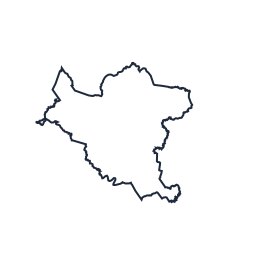 the district of Colimes, Guayas, Ecuador, rotated 55°
{"feature_id": "8360857B84939424323345", "entity_name": "Colimes", "entity_type": "district", "adm_level": 2, "iso_a3": "ECU", "parent_name": "Ecuador", "parent_adm1": "Guayas", "projection": "albers", "projection_center": [-80.099, -1.522], "detail": "fine", "context": "isolated", "style": "outline", "palette": "slate", "viewbox_px": 256, "rotation_deg": 55, "n_neighbors": 0, "source": "geoboundaries", "source_scale": "gbopen_adm2", "svg_char_len": 5852}
<svg xmlns="http://www.w3.org/2000/svg" viewBox="0 0 256 256"><g transform="rotate(55 128 128)"><path d="M106.9,81.9L98.2,79.4L94.1,79.6L92.3,80.3L89.5,79.6L88.1,80.8L87.8,81.9L88.0,85.2L88.4,85.9L86.1,85.9L85.5,85.3L85.1,84.3L83.6,83.9L83.0,84.4L82.4,85.6L81.3,86.0L80.0,85.5L79.5,86.4L77.9,86.2L77.3,87.1L77.3,87.6L78.2,88.2L78.3,89.6L79.1,91.6L78.3,93.2L77.1,93.6L76.8,94.3L77.0,95.3L77.9,95.6L76.8,97.3L78.2,100.0L78.1,101.2L76.9,103.8L76.9,104.5L78.0,105.9L78.0,106.7L77.2,109.8L74.8,111.0L73.8,112.2L73.1,113.7L73.0,116.1L73.4,118.1L75.0,121.3L75.9,122.1L76.9,124.9L77.5,124.9L78.0,125.4L78.5,126.9L79.0,126.9L79.6,127.6L81.2,128.2L82.2,127.7L82.8,127.8L84.1,129.2L85.5,129.6L86.5,131.3L86.5,131.8L84.1,133.5L83.2,135.1L82.5,135.6L81.9,137.0L81.9,137.9L81.3,138.8L78.9,141.4L66.9,150.0L61.0,150.0L61.2,149.2L60.8,149.3L60.6,148.6L58.3,147.1L57.2,146.6L56.5,147.0L55.6,146.9L54.2,146.3L51.9,147.2L48.8,146.6L48.0,147.3L46.5,147.9L40.8,147.8L42.4,149.2L42.3,149.5L42.7,149.7L42.4,149.9L42.5,150.5L42.9,150.7L42.5,151.3L50.1,161.9L53.3,167.8L66.2,167.8L66.2,169.4L65.5,170.9L65.2,171.2L64.5,171.2L63.5,170.3L63.1,171.2L63.6,172.1L65.3,172.3L66.0,173.2L65.9,174.4L66.7,174.9L66.7,175.4L67.4,175.5L67.6,175.7L67.4,176.1L68.0,176.4L67.7,177.2L67.1,177.2L67.1,178.3L66.7,178.5L67.0,178.7L66.9,179.0L66.6,179.1L66.9,179.9L66.4,180.7L66.1,180.6L65.8,181.1L65.7,180.8L65.5,181.0L66.0,181.3L66.6,182.3L66.4,183.1L67.0,183.0L67.3,183.6L68.0,185.5L67.7,185.8L67.7,186.6L68.0,186.7L68.2,187.4L69.0,187.8L69.1,188.5L72.1,190.0L72.6,191.4L72.2,192.7L72.5,193.2L72.3,194.2L71.9,195.5L71.5,195.8L71.7,197.9L70.6,199.4L71.0,199.8L72.0,199.3L73.1,197.5L74.3,197.0L74.8,197.5L76.3,196.7L76.4,195.7L74.6,193.0L74.7,191.5L74.1,190.7L74.0,189.7L76.4,188.6L79.0,187.9L79.8,187.4L80.7,185.7L80.6,183.7L81.6,182.8L82.7,182.2L82.4,183.8L82.7,184.3L83.6,184.6L84.6,184.1L85.5,183.1L86.9,182.4L88.9,182.8L90.2,182.4L92.7,182.5L93.3,181.8L94.5,182.0L96.0,180.7L96.6,180.6L97.0,179.9L98.2,179.7L98.7,180.0L99.2,179.3L98.9,178.9L99.7,178.6L100.0,177.9L100.4,178.0L100.6,177.8L101.5,178.6L101.4,179.8L102.4,179.9L103.3,180.6L105.1,180.8L105.9,181.2L106.6,180.3L117.2,171.8L118.1,172.8L119.2,172.9L119.5,174.6L120.8,176.3L122.4,175.7L123.3,176.3L123.8,176.4L124.0,176.1L124.9,176.8L125.7,176.9L125.9,177.2L126.3,177.0L126.8,177.6L127.1,177.6L127.4,178.8L128.8,179.8L129.0,180.5L129.8,180.7L130.3,180.0L131.0,179.9L131.0,179.2L132.2,179.1L133.0,178.1L134.8,179.3L135.2,179.1L135.4,179.3L136.0,178.4L137.4,177.8L139.0,179.0L139.8,178.4L140.9,178.7L143.0,177.1L143.9,177.3L144.5,175.7L145.9,175.1L146.5,175.8L146.8,175.7L146.5,176.2L147.4,175.8L149.0,177.8L149.5,177.8L149.7,177.5L150.1,177.8L150.5,177.3L151.1,177.0L154.5,177.9L154.8,177.1L154.5,174.2L155.0,172.6L156.2,172.6L159.7,174.2L160.9,173.5L161.4,171.5L160.9,168.3L161.7,167.4L162.5,167.5L163.4,168.3L165.3,171.9L166.1,172.6L166.5,172.4L167.6,170.7L169.4,166.0L169.3,163.7L170.0,163.6L170.2,163.0L172.0,161.9L174.1,158.7L174.5,157.0L176.1,157.4L176.9,157.2L183.8,158.0L194.5,158.0L193.2,156.2L193.3,153.7L193.8,153.2L194.0,151.6L194.6,150.3L195.5,149.5L195.5,148.9L196.5,147.9L196.1,147.0L196.3,146.2L196.0,145.9L196.3,144.6L197.0,143.3L197.1,141.4L197.7,140.9L198.7,140.8L205.3,140.6L205.3,138.9L206.3,136.8L207.2,136.2L212.0,136.4L212.2,134.2L212.7,134.0L212.7,134.7L213.0,134.9L213.7,134.8L213.7,133.3L215.2,132.2L214.9,131.7L213.9,131.7L214.5,130.6L213.6,130.3L214.0,130.0L214.8,130.1L214.9,129.6L213.4,129.0L212.6,129.4L212.0,128.8L210.7,128.7L213.3,127.6L212.2,125.7L211.3,125.2L211.4,124.9L212.3,125.0L212.6,124.6L211.9,123.8L211.8,123.0L211.1,123.1L210.6,122.5L210.3,122.9L209.6,121.9L207.2,121.3L206.8,120.4L205.8,120.6L204.8,120.0L203.6,120.0L202.2,120.9L202.2,122.1L202.5,122.4L202.0,123.3L202.2,123.7L202.0,124.1L201.0,124.4L200.6,125.8L201.2,127.3L201.9,127.6L202.2,128.1L201.2,128.8L200.3,128.8L199.8,129.8L198.9,130.1L197.9,131.6L197.5,131.4L187.8,131.4L187.4,131.1L186.9,129.8L186.2,129.4L184.3,126.7L182.6,125.0L181.0,126.4L180.3,126.6L176.1,122.6L174.9,121.7L174.2,121.8L172.8,123.3L171.8,123.4L165.8,118.9L164.2,119.6L163.8,120.6L163.3,120.4L163.3,119.9L162.9,120.1L161.8,119.6L161.4,120.1L160.6,118.7L161.1,117.7L161.0,116.7L160.3,116.5L161.1,116.0L160.9,115.1L161.8,114.7L161.8,114.1L162.4,114.2L162.5,113.7L162.9,113.9L162.8,113.4L163.3,113.4L163.4,112.9L164.7,112.7L164.3,112.0L163.9,111.8L164.3,110.8L163.7,110.1L163.9,109.8L163.6,109.4L163.1,108.9L162.2,109.3L162.0,108.7L161.3,108.5L161.3,108.1L161.7,108.2L161.8,106.8L161.2,106.9L160.5,105.7L159.7,105.6L159.5,104.7L158.8,104.6L158.1,102.5L158.4,102.3L158.2,102.1L158.3,101.4L157.2,100.8L157.3,100.5L156.6,99.8L156.6,99.2L155.3,98.9L155.2,98.0L154.7,97.7L154.7,97.1L154.4,96.9L153.0,98.2L152.0,97.9L152.2,97.4L151.3,97.8L150.3,97.2L149.4,97.7L148.5,97.6L148.3,98.4L147.1,98.5L146.9,98.8L146.2,98.2L146.4,97.8L145.2,98.0L143.9,97.6L144.2,97.1L143.6,96.6L143.1,96.6L143.0,95.4L142.1,95.2L141.9,94.7L142.2,93.6L142.7,93.1L143.2,93.0L143.0,92.5L143.3,92.3L143.2,91.4L143.9,91.2L143.7,89.7L143.0,88.8L142.9,88.0L143.8,87.1L144.4,88.0L145.0,87.9L145.3,87.3L146.4,86.9L147.5,85.7L147.2,84.8L147.5,83.1L148.9,81.9L149.4,79.6L150.1,78.9L150.3,77.8L149.5,76.4L149.3,75.5L148.0,74.1L147.5,74.0L147.2,73.2L147.4,72.8L148.0,72.5L148.1,70.5L148.7,70.0L148.7,69.0L147.5,68.7L146.9,67.1L147.0,66.4L147.8,65.1L147.8,64.3L146.4,63.6L145.9,62.2L143.3,62.0L137.6,60.5L134.5,58.1L134.0,56.9L133.3,56.2L132.6,56.3L132.0,57.7L130.9,57.7L130.4,58.2L130.7,59.2L130.5,59.6L130.1,59.6L129.5,58.6L128.9,58.9L128.5,58.7L127.1,59.9L126.7,60.0L126.6,60.9L126.2,60.8L125.7,61.7L125.6,62.3L126.0,62.4L125.5,62.9L123.9,63.7L123.4,63.4L122.9,64.0L122.6,64.0L122.6,64.5L121.6,65.9L121.4,65.8L120.8,67.5L120.4,67.9L120.6,68.4L120.2,68.9L119.7,69.0L119.7,69.7L118.4,70.4L118.2,71.0L117.6,71.2L113.3,75.6L107.8,81.7L106.9,81.9Z" fill="none" stroke="#1e293b" stroke-width="2"/></g></svg>